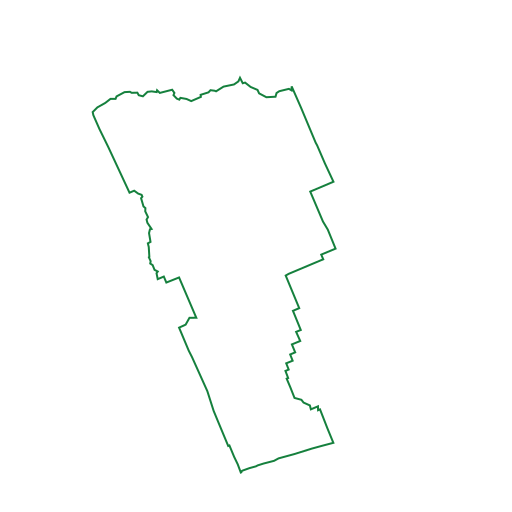 Lane, Oregon, United States of America (orthographic projection), rotated 247°
{"feature_id": "52423323B96718666714247", "entity_name": "Lane", "entity_type": "district", "adm_level": 2, "iso_a3": "USA", "parent_name": "United States of America", "parent_adm1": "Oregon", "projection": "orthographic", "projection_center": [-122.825, 43.864], "detail": "fine", "context": "isolated", "style": "outline", "palette": "green", "viewbox_px": 512, "rotation_deg": 247, "n_neighbors": 0, "source": "geoboundaries", "source_scale": "gbopen_adm2", "svg_char_len": 1893}
<svg xmlns="http://www.w3.org/2000/svg" viewBox="0 0 512 512"><g transform="rotate(247 256 256)"><path d="M220.1,157.2L195.1,157.1L187.9,157.6L150.6,158.4L130.0,156.5L119.9,156.4L92.0,156.2L92.0,157.5L79.8,157.4L71.4,157.8L62.6,157.4L62.6,157.8L62.8,158.2L63.6,158.7L63.7,159.9L63.3,167.1L62.4,173.8L62.6,175.7L62.0,181.9L60.4,192.6L60.9,197.7L58.7,213.8L56.9,232.1L55.4,243.2L53.8,254.2L69.8,254.4L89.8,255.0L89.8,252.9L93.4,254.3L93.4,246.6L97.4,247.2L102.5,242.5L105.9,241.6L110.3,236.0L121.8,236.3L131.1,236.3L131.1,237.9L138.7,238.2L138.7,241.7L145.4,241.9L145.3,248.8L152.0,249.0L152.0,254.4L160.6,254.5L160.5,263.5L170.5,263.3L170.4,268.3L191.1,268.6L191.1,275.4L226.4,275.7L226.8,279.2L226.7,316.6L231.8,316.6L231.7,332.1L252.2,332.4L261.6,331.1L294.1,331.1L294.1,356.3L314.4,355.6L333.9,355.5L337.0,355.2L374.5,355.4L398.2,355.1L394.6,353.4L397.0,351.6L398.6,341.8L398.0,338.6L395.0,336.2L398.1,327.6L404.5,322.4L408.3,322.3L413.7,317.1L419.9,313.7L420.2,311.3L426.3,310.9L423.6,308.0L422.5,302.8L424.6,292.3L423.2,283.6L424.3,282.5L426.4,278.9L425.2,276.2L426.0,268.0L424.0,267.4L423.9,256.9L427.7,253.4L431.1,248.2L429.9,246.5L431.8,244.6L436.3,242.9L438.0,244.6L441.8,243.8L443.7,231.2L447.2,229.7L445.7,228.6L448.3,224.3L449.5,220.3L447.2,214.3L449.8,210.9L452.7,210.6L454.8,205.3L456.4,204.1L458.2,199.0L457.4,190.0L455.5,188.1L457.5,183.5L455.8,177.1L454.8,168.1L452.3,161.9L449.2,161.3L434.1,161.5L413.8,162.6L363.7,164.3L363.7,169.4L359.5,171.9L357.0,174.6L355.0,174.6L354.1,172.8L345.6,171.8L343.3,172.9L340.4,171.5L334.0,171.8L332.3,169.5L329.0,169.0L321.7,170.4L322.0,168.8L318.9,166.5L310.2,164.4L309.9,161.4L306.2,160.8L296.9,157.5L296.7,156.9L292.4,157.0L290.4,155.7L288.0,157.3L282.9,157.2L280.1,159.5L279.0,157.7L273.1,156.5L273.1,163.1L266.6,163.1L266.3,176.8L222.5,176.9L225.1,170.6L220.3,164.4L220.1,157.2Z" fill="none" stroke="#15803d" stroke-width="2"/></g></svg>